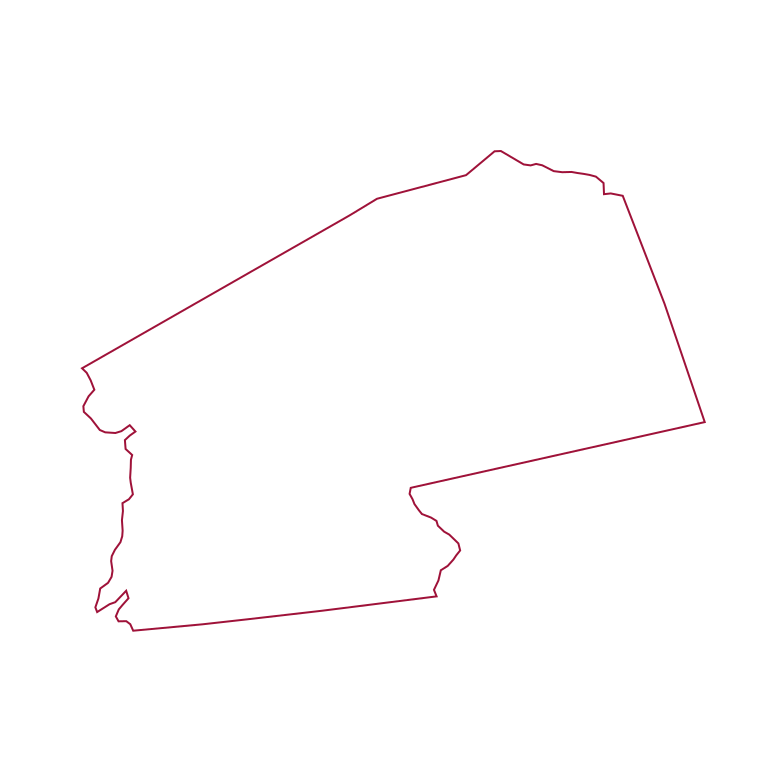 João Câmara, Rio Grande do Norte, Brazil (Natural Earth projection), rotated 83°
{"feature_id": "56859067B69289954608345", "entity_name": "João Câmara", "entity_type": "district", "adm_level": 2, "iso_a3": "BRA", "parent_name": "Brazil", "parent_adm1": "Rio Grande do Norte", "projection": "natural_earth1", "projection_center": [-35.848, -5.472], "detail": "fine", "context": "isolated", "style": "outline", "palette": "rose", "viewbox_px": 768, "rotation_deg": 83, "n_neighbors": 0, "source": "geoboundaries", "source_scale": "gbopen_adm2", "svg_char_len": 1350}
<svg xmlns="http://www.w3.org/2000/svg" viewBox="0 0 768 768"><g transform="rotate(83 384 384)"><path d="M598.3,663.0L600.4,593.4L600.9,548.4L601.5,473.5L601.2,357.7L594.4,359.5L585.6,353.9L575.8,350.3L572.3,342.9L566.7,336.5L562.9,333.2L558.5,328.7L551.3,329.6L541.4,337.6L537.9,342.3L531.2,347.8L526.3,348.6L522.3,353.6L517.7,362.2L513.5,364.8L506.9,368.4L501.9,369.7L496.2,372.0L490.3,370.1L460.9,70.3L391.6,84.7L338.5,95.8L226.3,124.1L222.5,135.7L222.4,142.5L211.3,141.6L204.0,148.4L201.5,154.6L199.7,160.5L198.2,166.1L196.4,172.0L195.5,181.3L193.4,189.6L186.2,200.3L184.1,206.2L184.9,211.8L183.1,218.6L167.0,239.6L166.5,245.9L186.7,277.1L199.3,368.4L212.5,397.7L256.4,502.5L331.6,681.8L336.7,677.7L344.6,674.7L354.4,672.2L360.2,678.7L369.4,685.1L375.1,685.3L382.5,679.1L395.0,671.7L398.0,666.6L399.9,656.6L398.8,650.4L393.9,641.4L400.9,636.5L404.2,642.6L408.1,648.0L417.0,648.4L423.8,642.6L428.3,644.4L436.3,645.6L446.1,647.4L451.2,647.4L462.9,646.7L467.3,651.2L470.4,658.1L478.3,658.6L487.2,660.7L497.8,661.3L503.3,662.4L508.9,664.9L515.8,671.3L521.7,675.2L526.5,676.4L536.3,676.2L542.2,677.9L547.7,682.1L552.4,690.6L562.1,693.6L570.5,697.7L575.4,696.5L569.1,683.2L567.8,677.3L557.8,665.1L565.5,663.7L571.5,670.5L575.4,674.7L582.0,678.5L587.2,676.4L588.0,668.7L591.5,665.1L598.3,663.0Z" fill="none" stroke="#9f1239" stroke-width="2"/></g></svg>